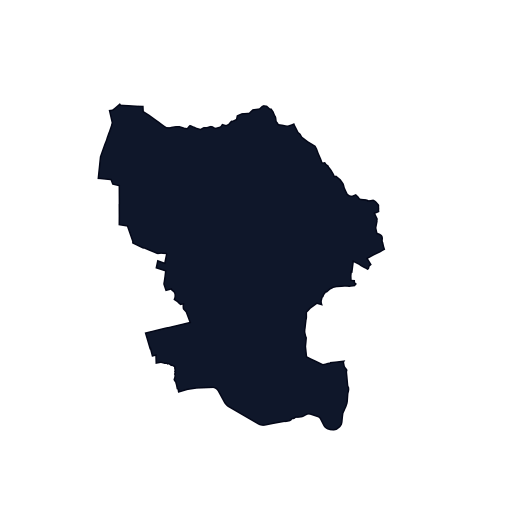 Salonta, Bihor, Romania, rotated 69°
{"feature_id": "2599482B98567078835058", "entity_name": "Salonta", "entity_type": "district", "adm_level": 2, "iso_a3": "ROU", "parent_name": "Romania", "parent_adm1": "Bihor", "projection": "natural_earth1", "projection_center": [21.618, 46.803], "detail": "fine", "context": "isolated", "style": "filled", "palette": "ink", "viewbox_px": 512, "rotation_deg": 69, "n_neighbors": 0, "source": "geoboundaries", "source_scale": "gbopen_adm2", "svg_char_len": 6096}
<svg xmlns="http://www.w3.org/2000/svg" viewBox="0 0 512 512"><g transform="rotate(69 256 256)"><path d="M355.2,376.9L355.9,367.8L357.9,358.7L363.1,343.4L363.3,342.8L364.2,341.7L365.2,340.8L366.2,340.2L367.2,339.8L368.2,339.5L381.8,337.7L382.9,337.4L385.2,336.5L386.4,335.8L388.0,334.5L395.2,328.7L413.7,313.8L414.8,312.7L415.4,311.8L416.1,310.7L416.7,309.3L417.1,307.3L418.3,300.2L420.4,289.1L421.0,287.6L421.3,286.2L421.7,283.9L421.7,283.4L421.6,282.8L421.5,282.2L420.7,281.0L420.7,280.6L421.1,279.3L421.1,278.7L421.1,278.3L420.7,277.2L420.6,276.8L420.8,276.2L421.3,275.0L421.7,273.7L422.4,270.7L422.4,269.9L422.4,269.2L422.0,266.5L421.9,264.9L422.0,264.2L422.2,263.4L423.1,261.8L428.6,255.1L429.7,254.5L430.7,254.1L438.3,253.3L439.9,253.0L440.9,252.5L441.9,251.9L443.2,250.8L443.9,249.8L444.7,248.8L445.5,247.1L446.1,245.8L446.4,244.1L446.5,243.0L446.3,242.2L445.4,239.2L445.0,238.5L443.7,236.7L442.7,236.0L441.8,235.4L436.8,232.9L434.0,231.4L432.8,230.3L431.7,229.1L430.8,228.3L428.8,226.2L426.0,223.9L424.3,222.9L417.6,219.8L416.6,219.2L415.7,218.5L414.0,217.5L412.2,216.9L410.4,217.0L409.7,216.9L401.7,214.6L397.3,213.4L396.2,213.0L395.3,212.3L394.7,212.2L393.9,212.4L392.1,213.0L391.1,213.2L390.4,213.2L386.8,212.6L386.0,212.1L385.7,211.7L385.0,214.5L383.8,219.3L382.3,224.6L382.8,225.0L382.3,226.5L382.0,228.3L382.1,229.0L381.8,230.9L381.5,232.6L375.3,238.4L371.6,242.0L368.2,245.0L358.2,242.3L354.0,240.2L350.7,238.6L350.0,238.4L349.2,238.5L348.7,238.5L345.2,238.0L344.0,237.7L341.6,236.6L341.2,236.3L336.2,233.7L334.5,232.8L333.3,232.2L332.9,231.8L331.8,231.2L331.2,230.9L327.7,229.6L326.7,229.2L326.3,228.8L325.5,226.9L324.1,224.2L321.9,216.1L324.9,212.1L323.3,212.0L321.4,211.4L320.5,210.8L320.0,210.5L319.5,210.0L318.5,209.5L318.2,209.2L318.0,208.5L317.8,208.1L316.2,206.7L315.4,205.3L314.2,203.7L314.5,203.3L314.8,203.0L313.3,199.0L313.0,196.0L312.8,195.5L312.9,194.8L313.3,192.0L314.9,186.9L315.7,184.1L316.9,181.2L317.7,179.8L317.9,178.5L318.9,174.7L317.9,172.8L316.2,173.7L314.3,173.1L312.9,176.1L308.4,174.6L304.7,172.7L305.2,172.2L295.7,167.1L300.2,163.0L300.9,162.4L302.2,161.6L303.0,161.0L305.5,158.9L306.5,157.9L307.7,156.9L308.2,156.7L308.0,155.6L305.9,154.1L305.7,153.6L305.1,151.9L298.0,153.2L297.0,145.7L296.7,142.0L296.6,140.4L296.5,138.9L296.2,137.2L296.0,136.3L295.7,134.0L295.7,133.8L292.8,133.6L289.4,133.1L289.2,133.0L288.9,133.2L288.6,133.2L286.7,132.8L285.0,131.9L283.4,131.5L282.2,131.6L281.7,131.8L280.2,132.8L279.2,133.8L278.6,134.9L277.9,134.9L277.0,134.9L273.1,134.3L272.6,134.2L267.0,130.7L265.7,130.3L264.9,129.7L258.5,130.2L258.5,127.5L258.4,125.6L257.3,125.3L255.4,124.5L254.3,124.2L252.6,123.5L252.3,123.5L251.4,123.8L250.6,124.1L248.9,124.7L247.7,125.3L246.6,126.1L246.1,126.5L245.9,127.0L245.5,129.2L245.1,130.7L244.4,132.1L244.0,132.1L243.0,133.4L241.1,137.3L240.4,138.5L239.9,139.0L239.1,139.3L237.7,139.6L237.3,139.8L234.7,141.0L234.8,144.8L234.5,145.6L233.4,147.3L231.1,148.8L229.9,148.9L227.6,149.1L223.9,149.3L221.5,149.0L220.0,148.9L215.1,150.1L210.3,152.8L210.0,154.5L207.4,154.6L203.1,155.3L200.5,156.0L198.9,156.6L197.9,156.5L195.6,158.0L194.0,158.3L193.6,158.5L193.5,159.4L193.2,160.4L192.8,160.9L192.4,161.1L188.9,161.0L182.4,161.3L177.8,161.2L174.7,161.6L168.0,166.8L161.5,170.8L158.1,171.3L155.8,172.6L151.4,173.0L148.0,173.4L146.4,173.4L146.5,175.5L146.3,179.7L145.5,181.4L143.6,184.3L141.4,188.2L140.5,188.3L139.4,188.5L137.7,189.1L134.9,188.4L134.2,188.2L132.6,188.1L131.3,188.5L130.4,188.4L128.8,188.5L128.0,188.4L124.3,189.3L124.2,189.6L124.1,190.1L123.6,190.7L122.5,191.2L120.1,192.4L118.6,195.0L118.7,196.6L120.1,200.0L118.5,206.5L119.7,209.5L120.5,211.1L119.8,213.3L119.2,215.3L118.3,218.1L118.5,223.2L121.6,225.2L121.9,228.0L121.9,230.2L121.5,230.6L122.0,231.7L122.7,233.0L123.4,234.1L123.7,236.5L123.4,237.6L122.5,238.8L121.3,240.3L122.1,241.4L122.8,242.5L122.9,243.7L122.5,247.6L122.3,248.2L122.1,248.6L121.4,249.3L119.9,250.4L119.2,251.5L118.9,252.4L118.8,254.2L118.9,254.8L118.7,255.2L118.5,256.6L118.1,257.3L118.0,257.8L117.6,258.5L117.7,259.9L118.0,261.6L118.0,262.5L117.9,262.8L117.0,263.9L116.2,265.0L115.3,266.2L113.7,267.6L113.3,268.2L112.5,269.1L111.8,269.6L110.7,270.9L110.9,271.5L111.4,272.5L112.3,274.0L112.5,274.4L112.4,274.8L112.1,275.5L111.6,276.3L111.4,277.0L110.3,278.1L107.8,281.3L107.0,283.5L106.5,285.1L105.7,288.9L105.6,290.3L105.2,291.4L104.2,293.7L102.1,295.3L98.2,297.8L95.9,299.2L94.0,300.5L88.0,304.4L86.3,305.5L80.8,309.6L75.9,308.0L74.6,311.1L73.6,313.5L72.4,316.1L70.0,321.3L66.8,328.5L65.5,328.8L67.5,334.3L68.0,335.9L68.4,337.3L68.5,337.8L67.8,340.6L80.3,342.4L81.6,343.5L82.0,343.6L88.0,348.6L88.3,349.0L92.3,352.4L94.5,354.1L97.6,357.0L104.4,362.8L107.7,365.6L127.0,375.4L127.7,373.8L132.7,363.9L137.5,363.9L141.3,358.4L158.5,364.9L158.7,365.1L169.8,369.3L177.7,372.4L181.9,365.2L198.0,365.7L198.8,365.9L199.6,366.3L199.9,366.1L206.2,360.2L208.1,358.4L208.2,358.0L208.2,357.6L212.3,353.4L216.8,348.6L217.4,348.1L218.3,347.0L218.5,346.6L219.2,343.8L219.5,343.0L220.1,341.9L221.4,339.0L222.2,338.7L230.2,343.8L225.3,349.4L231.3,353.3L237.5,345.6L242.5,348.2L247.5,351.0L248.4,351.6L249.4,352.0L255.8,352.3L256.4,346.8L257.3,346.8L258.4,346.3L258.8,346.0L260.0,345.3L261.6,345.1L262.7,345.2L264.0,345.6L265.1,346.1L265.9,346.6L267.3,347.8L270.5,345.5L272.1,344.9L273.4,344.1L274.1,343.9L274.2,343.2L274.6,340.9L274.8,340.7L275.5,341.4L276.1,341.6L277.6,342.2L279.2,342.6L279.4,342.6L283.2,341.1L294.5,341.2L291.5,363.8L291.3,364.3L290.9,366.9L288.4,386.7L304.6,388.0L304.6,387.6L312.2,388.5L312.6,384.9L320.2,387.5L320.8,384.3L321.1,382.8L322.6,380.7L323.4,379.7L324.2,377.6L325.1,377.1L325.1,376.9L325.2,375.9L325.4,375.7L326.7,374.9L327.7,374.3L327.9,373.5L328.1,373.2L329.8,371.8L330.1,371.6L330.5,371.6L332.4,372.2L333.8,372.2L334.0,372.4L334.3,372.9L334.4,373.0L335.1,373.2L336.0,373.1L336.2,373.3L337.1,374.2L338.0,374.1L339.1,374.5L340.7,375.5L341.4,376.1L342.0,376.6L342.9,376.6L345.1,376.0L346.1,376.2L347.7,376.3L351.7,377.0L352.4,376.4L352.8,376.3L353.0,376.1L353.5,376.2L353.6,376.5L353.8,376.7L354.4,376.8L355.2,376.9Z" fill="#0f172a" stroke="#020617" stroke-width="1.5"/></g></svg>